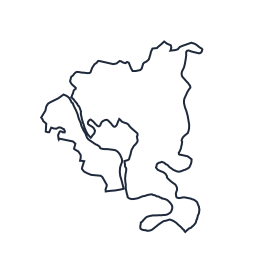 Banha, Al Qalyubiyah, Egypt, rotated 282°
{"feature_id": "37247803B8473784659060", "entity_name": "Banha", "entity_type": "district", "adm_level": 2, "iso_a3": "EGY", "parent_name": "Egypt", "parent_adm1": "Al Qalyubiyah", "projection": "mercator", "projection_center": [31.169, 30.453], "detail": "fine", "context": "isolated", "style": "outline", "palette": "slate", "viewbox_px": 256, "rotation_deg": 282, "n_neighbors": 0, "source": "geoboundaries", "source_scale": "gbopen_adm2", "svg_char_len": 5803}
<svg xmlns="http://www.w3.org/2000/svg" viewBox="0 0 256 256"><g transform="rotate(282 128 128)"><path d="M94.9,131.4L93.2,132.0L92.0,132.6L90.4,132.8L89.2,133.6L88.2,134.6L87.6,134.8L85.8,135.1L81.8,135.2L77.9,135.7L74.7,136.6L72.5,137.5L70.5,137.9L68.4,138.4L65.3,139.7L62.7,140.9L61.7,141.6L60.8,141.7L60.1,142.3L59.5,143.6L59.3,144.4L59.3,146.5L59.7,148.3L61.3,152.2L64.3,156.6L64.9,158.3L66.6,161.2L67.9,164.4L68.1,165.4L67.7,166.5L67.8,167.7L67.7,168.7L67.1,170.5L67.3,171.4L67.3,172.2L66.7,174.0L66.5,175.6L66.1,175.9L66.2,177.1L66.2,178.6L65.8,181.1L64.8,183.0L63.6,184.8L62.0,186.6L60.9,187.4L59.7,187.8L58.5,188.0L57.4,187.9L55.4,187.6L54.4,187.2L53.6,186.6L51.8,184.7L50.9,183.1L50.2,180.6L49.5,178.6L49.2,176.6L48.5,174.4L47.6,170.3L46.3,167.3L45.0,164.9L43.3,163.5L42.1,162.9L41.2,162.2L39.6,161.5L38.2,160.2L37.1,160.4L34.5,160.4L33.3,160.7L32.2,161.1L31.7,162.0L31.5,162.9L31.4,165.1L31.8,166.6L31.5,167.3L31.4,168.0L31.9,169.8L32.5,171.2L33.2,172.3L34.1,173.2L40.0,178.0L43.7,181.5L44.6,182.7L45.2,184.4L47.1,187.7L47.0,189.5L46.8,190.6L46.3,192.1L46.3,192.4L46.1,192.9L45.2,195.1L43.9,197.1L41.9,200.8L40.6,202.4L40.0,203.8L39.0,204.5L38.2,205.6L40.7,207.3L42.5,208.7L43.1,209.8L43.9,210.7L44.9,211.2L45.9,212.1L47.6,213.1L49.1,213.8L50.1,214.0L52.4,214.1L53.3,214.5L54.2,214.4L55.3,214.6L56.6,214.5L59.4,215.1L60.3,215.1L61.1,214.9L62.7,214.9L65.8,213.7L68.3,211.9L69.5,211.3L70.1,210.6L71.2,208.3L71.6,207.3L71.6,205.9L72.0,204.0L71.9,197.6L71.5,196.0L70.3,193.4L70.1,192.7L70.0,190.9L70.3,190.0L71.0,189.4L74.0,188.4L77.9,188.8L79.5,188.4L80.4,187.9L81.6,187.0L82.6,185.9L84.1,182.4L85.1,180.4L86.9,177.4L87.8,176.3L88.9,176.2L91.0,174.2L92.2,171.5L92.5,169.1L93.3,165.8L95.1,163.6L96.6,163.8L97.9,163.7L98.8,163.9L100.4,165.3L101.0,166.8L101.9,168.0L101.5,170.8L100.5,172.3L100.1,174.3L98.3,176.8L97.4,179.1L96.5,181.0L95.7,185.0L95.9,187.2L97.1,189.5L98.4,191.3L99.1,192.7L101.1,195.1L102.2,196.1L104.1,196.6L106.2,197.0L107.9,197.1L110.6,196.7L112.7,192.3L112.8,185.4L112.6,184.5L112.9,183.3L114.3,182.8L115.9,183.4L118.4,183.9L119.8,184.0L121.7,183.9L122.9,184.1L124.3,183.9L125.7,183.9L126.9,183.0L128.7,183.2L129.8,183.5L130.9,184.0L132.5,185.1L135.6,187.6L137.7,187.8L140.3,187.8L143.8,187.2L151.2,184.3L153.6,183.2L157.0,181.4L160.1,179.4L164.0,177.6L166.2,177.1L168.2,177.0L175.6,178.6L178.4,179.6L180.4,180.6L182.0,180.1L184.8,177.0L185.2,176.2L187.5,173.2L189.2,170.8L190.0,170.1L190.9,169.6L192.1,169.2L193.4,169.0L194.6,169.1L199.0,170.2L203.1,170.3L207.7,170.1L211.3,169.8L214.4,169.1L215.8,169.7L216.5,171.3L216.0,174.1L215.8,181.3L215.9,182.3L216.4,183.2L217.9,184.2L220.3,184.4L221.0,183.6L221.7,181.4L223.5,177.9L224.2,175.9L224.4,174.6L224.4,173.4L224.6,172.3L219.7,164.2L217.9,161.7L215.4,160.4L214.1,158.2L212.5,153.4L213.2,153.6L215.9,153.6L217.8,152.6L218.6,148.6L220.1,145.4L216.8,143.1L213.7,140.6L212.2,139.7L210.8,135.4L207.1,134.6L204.7,134.6L199.4,134.1L196.9,132.3L195.4,130.4L194.2,129.5L188.9,129.0L187.2,127.9L185.3,123.6L184.7,120.6L187.2,118.4L192.0,115.2L192.4,113.3L190.9,112.1L191.0,109.5L191.8,107.4L191.8,105.9L188.7,103.3L187.4,100.3L187.6,87.2L187.4,84.9L184.9,83.5L183.4,82.0L179.6,80.5L177.3,80.1L175.1,79.9L173.8,79.1L173.2,76.7L172.9,73.3L172.6,71.5L172.5,67.9L172.2,66.2L171.3,65.1L169.8,64.1L168.0,63.3L166.2,61.8L161.7,61.6L160.4,62.6L159.1,63.9L156.4,68.6L155.4,68.7L154.0,67.4L153.1,67.1L150.0,66.9L148.6,66.5L147.1,66.4L146.4,66.1L144.6,69.0L143.7,69.9L141.1,73.3L140.0,74.0L139.5,74.6L139.2,75.3L138.2,76.2L134.3,78.6L133.4,78.6L132.2,79.0L131.3,79.1L130.6,79.6L129.5,80.0L128.1,80.7L127.1,81.0L125.0,82.3L124.2,82.4L122.6,83.7L119.1,85.5L117.9,86.5L115.9,87.7L114.6,89.0L113.5,89.9L111.8,92.1L111.5,92.7L111.0,93.1L110.7,93.5L110.9,93.8L113.6,94.9L115.3,95.9L116.3,96.2L118.4,96.3L119.1,95.9L120.9,94.3L121.7,92.8L123.0,89.0L123.3,88.4L123.7,88.0L124.5,87.7L125.3,87.6L126.4,87.9L128.1,88.9L128.5,89.8L127.3,92.3L126.1,94.1L125.1,95.3L124.6,96.3L123.9,97.3L123.6,98.0L123.5,98.7L123.6,99.1L123.8,99.6L124.2,99.9L125.5,100.5L126.2,100.4L128.4,101.1L129.0,101.5L130.7,103.4L131.4,104.8L131.6,105.9L131.1,107.1L130.2,108.5L128.9,110.5L127.8,111.7L126.5,113.5L126.4,114.5L126.6,115.0L126.9,115.4L128.1,116.2L129.2,116.5L132.4,117.0L134.4,117.5L135.0,117.6L134.2,119.1L133.4,120.0L132.9,120.9L132.4,123.6L132.3,125.5L131.5,127.6L130.5,128.6L128.8,130.9L124.7,138.3L124.0,138.6L122.5,138.9L122.2,138.6L121.3,138.5L118.4,139.8L117.0,140.1L115.9,139.8L114.5,139.2L112.4,138.0L111.6,137.4L107.4,136.1L104.8,135.9L102.9,136.0L99.8,135.6L98.4,135.6L97.6,135.5L96.5,134.4L94.9,131.4ZM67.7,136.4L75.8,132.4L79.4,130.4L83.3,129.1L87.4,128.5L90.2,128.7L93.3,129.2L94.9,129.0L96.0,128.6L97.3,127.9L99.8,126.1L100.8,125.2L101.9,123.9L102.7,122.7L103.4,121.1L103.7,119.6L103.1,112.5L102.7,110.6L102.4,108.7L102.3,106.8L102.4,105.4L102.9,104.6L103.8,104.2L104.3,103.2L104.9,101.7L105.2,100.0L106.0,97.9L108.4,92.2L109.0,91.1L110.2,89.8L113.6,87.7L114.7,86.7L115.8,85.5L120.5,81.9L122.2,81.1L123.8,80.2L126.4,78.2L131.2,75.7L134.3,73.6L138.4,70.3L140.8,68.8L141.0,68.1L141.3,67.5L142.8,66.4L144.0,65.4L145.1,64.2L145.9,63.0L146.7,61.1L147.3,58.0L142.5,53.6L137.0,46.6L135.3,44.8L132.9,43.8L131.5,43.6L127.8,43.6L120.2,40.9L118.7,42.6L117.1,43.7L115.3,47.1L107.4,48.3L107.2,50.0L107.5,51.8L112.4,52.8L112.1,55.6L112.4,58.1L114.2,60.2L114.4,62.3L113.6,64.9L113.6,65.4L111.8,66.9L110.6,67.0L110.2,65.3L110.7,63.9L110.7,62.4L109.9,61.8L106.5,61.1L102.7,62.4L102.3,62.7L102.7,62.8L103.3,63.2L103.4,77.0L101.7,79.8L96.5,79.5L95.7,81.1L94.8,84.2L92.2,86.9L91.6,87.4L89.2,87.9L86.0,87.9L86.4,90.8L86.4,92.1L84.7,91.7L83.6,91.8L80.8,91.4L78.6,91.4L78.0,91.9L76.2,94.2L75.3,97.4L74.5,101.7L75.6,111.2L74.6,113.2L67.9,119.1L66.2,119.2L63.5,118.8L61.3,119.4L63.2,124.8L64.0,127.8L66.1,133.1L67.7,136.4Z" fill="none" stroke="#1e293b" stroke-width="2"/></g></svg>